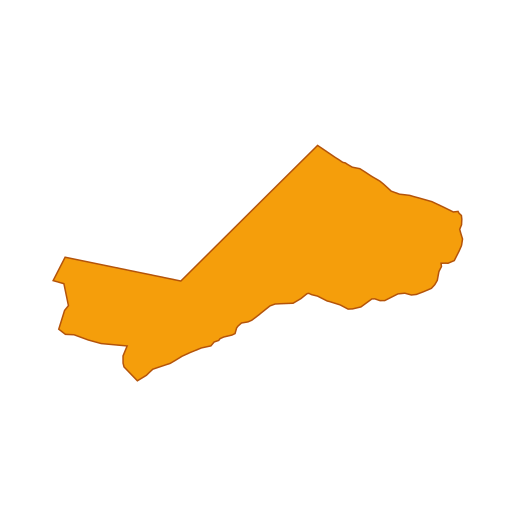 the district of Ed Damazine, Blue Nile, Sudan, rotated 76°
{"feature_id": "16777658B29603922889850", "entity_name": "Ed Damazine", "entity_type": "district", "adm_level": 2, "iso_a3": "SDN", "parent_name": "Sudan", "parent_adm1": "Blue Nile", "projection": "albers", "projection_center": [34.253, 12.058], "detail": "fine", "context": "isolated", "style": "filled", "palette": "amber", "viewbox_px": 512, "rotation_deg": 76, "n_neighbors": 0, "source": "geoboundaries", "source_scale": "gbopen_adm2", "svg_char_len": 1671}
<svg xmlns="http://www.w3.org/2000/svg" viewBox="0 0 512 512"><g transform="rotate(76 256 256)"><path d="M189.7,144.6L188.1,146.1L187.8,146.3L187.6,146.6L187.4,146.7L187.2,147.0L186.9,147.6L186.3,148.8L186.2,149.1L182.6,152.3L179.4,155.4L163.6,169.5L174.0,187.0L198.7,228.6L262.1,335.0L211.0,441.5L230.8,458.8L236.4,449.1L258.8,450.0L262.5,454.9L279.3,465.1L285.9,459.9L288.4,451.6L296.9,439.1L303.5,427.4L312.1,402.8L320.8,409.2L327.8,410.9L331.7,410.9L348.4,401.3L345.2,391.1L343.3,387.9L340.9,383.6L340.5,379.0L340.1,374.0L339.4,365.1L337.5,358.7L335.4,352.2L333.7,343.1L332.0,331.2L332.3,321.5L329.3,317.4L328.9,312.6L327.5,310.9L326.8,306.9L326.9,298.5L326.2,295.1L321.1,292.2L319.6,290.3L317.5,286.3L318.0,279.7L317.3,275.6L313.5,266.8L312.7,265.2L307.8,254.5L307.2,249.1L308.2,243.9L310.8,231.4L308.2,222.7L304.9,215.6L305.0,213.8L307.0,211.3L309.8,206.0L316.9,197.8L318.0,195.7L323.8,186.2L329.8,179.5L330.7,175.0L330.8,166.5L325.7,154.0L326.3,151.1L329.3,146.5L330.4,141.9L329.6,138.4L327.1,127.4L328.1,120.6L331.4,114.7L332.1,109.7L331.2,102.2L329.8,93.6L327.1,89.5L323.5,86.0L315.4,82.3L313.7,80.9L311.1,78.6L307.8,78.2L309.0,73.0L309.5,71.5L308.4,64.7L300.3,57.7L295.5,54.0L295.8,53.8L295.5,54.0L289.5,51.5L283.4,51.8L279.4,51.9L275.4,49.0L270.1,47.4L266.4,46.9L263.7,48.6L263.2,48.8L261.6,49.2L261.6,49.3L261.0,53.9L254.3,61.8L252.9,63.5L252.5,64.0L247.1,70.6L245.8,72.2L240.4,81.6L239.2,83.7L236.3,88.9L234.4,92.1L231.8,98.9L230.8,101.7L225.8,109.1L225.5,109.3L216.9,115.0L214.9,116.5L213.2,117.8L207.3,123.9L205.3,125.8L201.9,128.9L196.4,134.1L194.0,139.2L193.2,140.9L193.1,141.1L189.7,144.6Z" fill="#f59e0b" stroke="#b45309" stroke-width="1.5"/></g></svg>